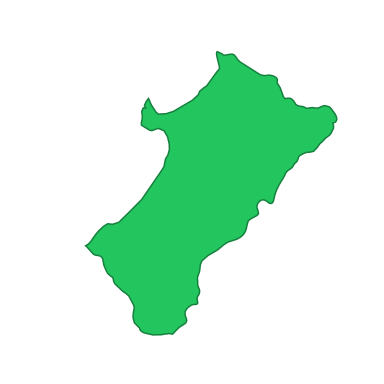 SVG path tracing the border of Akita, rotated 32°
{"feature_id": "JPN-1862", "entity_name": "Akita", "entity_type": "Prefecture", "adm_level": 1, "iso_a3": "JPN", "parent_name": "Japan", "parent_adm1": "", "projection": "mercator", "projection_center": [140.484, 39.686], "detail": "fine", "context": "isolated", "style": "filled", "palette": "green", "viewbox_px": 384, "rotation_deg": 32, "n_neighbors": 0, "source": "natural_earth", "source_scale": "10m", "svg_char_len": 2963}
<svg xmlns="http://www.w3.org/2000/svg" viewBox="0 0 384 384"><g transform="rotate(32 192 192)"><path d="M130.3,294.0L131.8,290.8L132.4,287.5L132.7,280.2L133.4,274.6L135.2,268.0L137.3,263.6L141.7,261.5L146.0,256.5L149.4,242.3L153.3,225.0L154.8,190.6L154.8,185.4L152.0,177.9L152.0,173.6L150.4,168.1L147.3,163.4L142.1,158.2L135.9,154.9L129.8,155.9L128.0,157.8L126.7,159.8L125.2,161.4L122.7,162.1L113.8,162.1L112.6,160.6L110.8,156.0L109.7,154.1L106.7,150.3L106.1,146.5L108.2,145.3L105.7,143.7L105.2,138.8L105.6,135.7L111.5,139.8L119.3,143.4L122.3,143.7L128.4,139.5L133.5,133.5L143.6,114.2L145.8,106.3L145.1,102.5L147.0,96.8L148.2,94.5L149.4,76.9L150.0,73.0L148.3,70.7L146.5,69.0L141.6,64.2L139.3,61.5L138.9,59.7L139.0,59.6L144.1,58.9L146.1,59.2L148.4,57.8L150.0,56.1L152.9,53.8L155.1,53.4L157.6,54.1L159.7,55.2L163.4,56.2L187.9,56.4L191.8,54.9L195.7,51.8L199.4,50.5L202.7,50.4L204.6,51.1L205.5,52.5L206.1,54.2L211.6,56.9L219.0,62.7L221.2,63.5L222.2,62.9L223.4,61.7L225.4,60.6L227.8,60.4L229.8,60.9L231.3,61.5L233.5,62.7L235.5,62.8L237.3,62.4L241.1,60.7L242.9,60.4L244.9,60.3L249.3,56.6L252.8,55.1L254.7,53.7L257.0,50.2L258.9,48.3L263.2,47.0L265.7,47.5L272.1,50.1L274.1,51.3L275.5,52.6L276.1,53.4L276.4,54.2L276.6,55.0L276.7,56.0L276.4,57.0L275.8,57.8L275.4,58.5L275.0,59.0L276.4,60.2L277.3,61.3L278.2,63.0L278.8,68.4L278.6,70.6L277.9,72.6L277.1,74.3L276.6,76.0L276.0,79.5L274.9,83.3L274.7,85.5L274.6,88.0L273.6,93.0L271.0,95.6L267.9,97.9L266.0,100.6L263.9,104.4L264.0,106.6L264.5,108.1L264.8,109.8L264.6,111.3L264.1,113.0L263.9,115.7L264.0,118.1L263.2,120.2L262.0,122.9L261.5,124.8L261.5,127.1L261.9,129.6L262.1,140.7L262.4,142.7L262.5,144.2L263.1,147.7L263.9,150.8L265.8,156.2L266.0,158.5L265.1,159.9L263.7,160.5L262.1,160.5L260.5,160.2L258.6,160.2L257.0,160.7L255.5,161.7L254.4,163.5L254.0,165.3L253.9,167.2L254.4,169.4L255.4,170.8L258.5,173.5L259.9,175.2L259.7,176.9L258.9,178.7L256.9,182.1L255.9,184.0L255.0,186.8L256.4,191.5L257.5,194.3L258.1,197.0L258.2,200.3L257.7,202.5L257.2,204.2L255.1,208.2L249.2,215.2L248.0,217.5L246.6,220.7L244.6,227.1L239.3,237.3L236.9,245.0L237.2,247.0L237.7,249.4L240.5,255.3L241.7,260.9L242.5,262.7L243.5,263.9L245.0,266.0L245.7,267.3L246.9,268.6L249.7,270.6L250.9,271.8L251.7,273.5L252.2,275.5L252.1,278.0L252.8,279.8L253.9,281.1L255.0,282.2L255.8,283.5L255.5,284.7L254.4,285.6L252.9,286.6L251.4,288.2L249.9,291.8L249.4,294.4L249.6,296.9L250.6,299.1L252.6,301.1L254.4,302.4L255.6,303.7L256.1,305.8L255.7,307.5L252.8,313.7L250.8,322.9L247.3,324.3L246.1,325.5L244.0,327.0L242.0,329.0L234.6,333.9L225.8,336.9L223.1,337.0L221.2,336.6L219.7,335.2L212.4,333.4L208.2,329.3L206.0,325.0L204.4,320.7L202.2,318.7L193.6,313.7L190.5,313.1L185.8,312.9L175.5,310.8L173.4,309.6L171.9,308.3L171.1,307.1L169.3,306.4L167.3,306.4L163.9,305.8L160.9,304.2L156.0,300.7L151.5,295.8L150.0,295.2L148.3,295.0L145.9,295.6L144.5,296.4L143.0,296.8L141.5,297.0L131.0,294.0L130.3,294.0L130.3,294.0Z" fill="#22c55e" stroke="#15803d" stroke-width="1.5"/></g></svg>